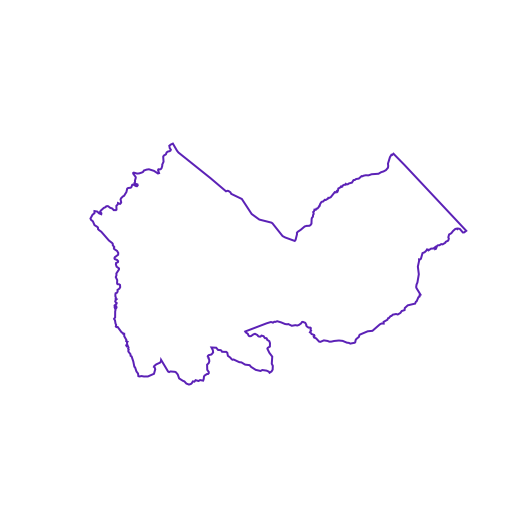 Alta Floresta, Mato Grosso, Brazil, rotated 42°
{"feature_id": "56859067B61506313751079", "entity_name": "Alta Floresta", "entity_type": "district", "adm_level": 2, "iso_a3": "BRA", "parent_name": "Brazil", "parent_adm1": "Mato Grosso", "projection": "albers", "projection_center": [-56.382, -10.043], "detail": "fine", "context": "isolated", "style": "outline", "palette": "violet", "viewbox_px": 512, "rotation_deg": 42, "n_neighbors": 0, "source": "geoboundaries", "source_scale": "gbopen_adm2", "svg_char_len": 6155}
<svg xmlns="http://www.w3.org/2000/svg" viewBox="0 0 512 512"><g transform="rotate(42 256 256)"><path d="M289.7,88.0L289.6,89.8L288.9,90.1L289.4,92.9L292.3,99.1L294.0,100.6L295.0,102.1L295.1,105.2L294.2,107.8L292.9,110.0L292.0,112.9L287.2,117.9L285.7,120.7L283.4,122.7L282.1,124.5L281.8,125.5L281.0,126.0L280.6,129.7L278.9,131.8L278.5,133.5L277.7,134.3L278.2,137.3L276.5,139.9L276.2,141.3L275.4,142.2L274.5,142.3L274.7,143.3L273.9,144.0L273.2,146.0L273.7,146.7L273.3,147.5L272.6,147.7L272.8,148.5L272.0,150.8L273.1,152.4L273.5,153.7L272.6,153.7L272.8,155.4L271.8,155.8L272.2,162.3L271.6,163.7L270.8,164.4L271.1,165.2L270.3,167.8L269.5,168.2L269.4,170.6L268.7,171.5L268.5,172.5L269.0,174.9L269.8,176.1L269.5,177.0L269.9,177.6L269.9,179.7L269.2,180.4L269.5,181.7L268.4,182.4L269.3,184.2L269.1,185.1L270.7,186.1L271.0,187.4L272.0,188.7L272.1,190.4L272.6,191.3L275.6,194.9L275.8,196.7L275.4,197.9L273.5,199.7L272.4,201.5L271.7,206.7L270.8,210.2L270.9,211.4L271.9,212.4L274.6,217.5L274.7,218.9L265.3,222.7L262.4,223.4L246.3,220.7L245.1,220.9L234.1,226.7L224.7,227.7L207.3,223.1L196.0,226.4L194.4,225.8L192.0,226.1L191.2,226.6L190.4,228.0L170.1,228.6L129.1,231.0L126.8,230.6L119.0,228.1L118.1,230.2L117.8,232.1L119.8,233.6L121.6,234.0L121.9,234.9L121.7,235.8L120.5,237.6L120.3,238.9L121.0,240.7L120.3,243.1L120.6,244.3L124.2,247.8L125.2,250.9L126.0,251.7L127.0,253.8L127.1,255.1L126.7,255.9L125.5,256.8L125.7,257.7L128.5,259.3L127.9,260.3L123.2,261.0L118.4,263.2L116.9,265.0L115.5,267.5L115.8,268.9L115.4,270.2L113.9,272.8L112.5,274.3L109.4,275.8L109.2,276.6L109.8,277.0L113.7,277.8L114.3,278.3L115.6,281.0L116.6,281.9L116.8,283.0L117.7,283.2L120.0,282.1L120.8,282.6L120.9,283.7L120.2,284.3L116.8,285.1L116.4,285.9L117.3,288.2L117.2,289.1L115.5,291.0L115.2,292.1L116.9,295.2L117.4,298.1L117.7,299.4L117.2,300.9L117.1,303.4L117.5,304.6L119.9,306.3L120.2,307.3L120.1,308.3L118.0,309.0L118.7,310.0L118.7,312.2L121.3,314.9L121.2,315.7L119.6,317.1L117.4,316.9L115.2,317.8L113.0,317.9L112.0,318.5L111.4,319.5L111.5,320.4L110.7,322.1L110.3,326.1L110.5,327.3L112.5,327.7L113.0,328.5L110.9,329.3L108.3,329.2L105.9,330.7L107.3,332.3L106.9,334.7L107.9,338.9L109.2,339.5L111.6,339.4L115.3,341.1L118.9,340.5L119.8,340.8L120.6,341.7L121.8,341.8L124.8,341.5L136.3,342.9L140.6,342.6L141.6,342.9L142.3,343.8L144.7,344.2L145.0,345.2L145.9,345.7L149.4,345.2L151.6,345.9L152.7,347.3L151.9,351.3L152.2,352.3L153.1,352.8L155.5,351.9L157.0,352.1L157.5,353.0L156.7,354.9L157.5,356.0L159.5,357.2L162.5,356.9L163.2,357.8L163.9,362.4L165.2,363.7L165.9,365.5L169.0,366.8L171.0,369.2L171.9,369.6L173.3,368.6L174.3,368.5L175.9,370.0L176.3,371.6L175.8,373.9L176.8,374.8L177.1,375.5L177.2,376.6L176.6,377.6L177.1,378.5L178.4,380.0L179.6,380.6L180.3,381.7L181.3,381.4L181.2,382.6L181.7,383.9L182.8,384.3L184.0,384.2L184.3,385.0L184.0,387.4L184.6,387.8L185.2,386.9L185.9,386.9L186.9,387.7L187.0,388.6L186.0,389.1L187.6,390.0L188.5,391.5L192.4,395.9L192.6,397.7L194.3,398.2L196.8,400.2L198.2,400.8L199.0,402.2L199.9,402.2L200.7,401.3L207.3,402.7L208.3,402.3L209.4,402.7L210.1,402.0L211.8,403.8L215.8,405.1L216.4,406.1L217.9,405.7L218.0,406.6L219.6,408.1L219.3,409.2L220.3,409.6L220.7,408.5L222.6,409.4L223.0,410.5L224.0,410.7L224.4,411.7L225.1,412.4L228.4,413.0L229.6,414.1L230.8,413.9L235.4,416.5L239.7,419.7L240.7,419.7L244.4,421.8L247.0,422.3L249.0,424.0L250.0,423.5L251.3,421.8L253.4,420.5L256.3,417.8L259.0,411.8L256.9,407.6L255.2,406.6L254.3,406.7L254.0,405.7L254.4,403.2L256.0,399.6L255.9,398.0L255.0,396.7L268.0,400.7L269.1,400.4L269.7,399.0L273.3,396.3L274.2,396.0L277.1,396.4L280.8,398.4L285.1,397.7L286.7,397.1L289.6,397.4L292.2,396.4L293.2,394.8L293.4,393.6L293.0,391.4L294.3,390.6L294.2,388.7L296.9,387.4L297.5,385.6L300.1,384.0L299.5,382.5L298.0,380.4L297.8,379.3L298.5,376.6L299.3,375.8L299.3,374.7L298.5,373.8L295.9,373.2L292.4,369.5L292.5,367.2L291.7,365.4L290.1,364.0L289.3,364.0L288.7,363.2L287.5,363.1L287.1,362.4L287.2,361.3L288.8,359.0L288.7,356.4L287.0,354.9L284.1,353.8L287.8,350.8L290.7,351.2L292.6,349.7L293.4,349.5L294.9,349.9L298.0,347.2L299.4,347.1L301.9,349.0L304.7,348.7L307.1,349.0L308.0,348.8L308.6,347.9L314.6,346.1L316.4,344.8L320.6,344.0L324.3,341.4L326.5,341.7L332.0,340.8L336.3,338.4L337.0,336.5L340.6,334.1L342.9,333.4L344.2,333.7L344.8,331.4L344.4,329.3L342.0,326.4L339.8,325.5L335.4,319.9L330.7,319.0L326.5,317.3L326.2,316.4L326.9,314.0L324.7,311.4L322.9,310.4L320.3,310.8L319.2,310.1L318.4,310.3L317.8,311.0L317.0,311.0L315.3,310.5L313.3,311.5L313.3,312.9L312.3,313.8L311.3,314.1L309.9,313.8L307.3,314.5L306.5,316.0L305.9,318.8L305.2,319.7L304.5,320.1L303.7,320.1L302.0,319.3L299.4,319.6L298.5,319.3L308.9,299.0L311.1,295.3L312.0,294.6L313.2,294.2L313.6,292.6L314.5,292.0L315.4,290.3L319.1,288.5L323.1,287.1L324.9,285.9L325.5,285.0L329.3,283.9L331.5,281.1L333.2,280.0L334.0,278.6L334.6,276.0L334.4,274.2L334.9,273.6L337.3,272.7L339.3,273.4L339.9,274.1L340.8,274.3L342.9,274.1L344.2,272.9L345.0,272.9L346.0,274.4L346.9,274.6L347.1,276.6L348.5,276.5L349.5,276.8L352.1,275.8L352.9,276.2L352.8,277.3L353.7,277.7L355.8,277.0L360.2,277.4L361.3,276.7L362.9,273.3L366.1,271.2L367.8,270.6L369.3,269.2L370.9,266.9L374.2,263.3L377.2,261.1L381.5,259.6L383.2,258.4L384.7,258.0L387.4,254.4L387.4,253.6L386.3,251.8L386.1,250.6L386.6,247.2L385.8,245.8L385.8,244.9L389.4,237.2L392.6,233.7L393.8,223.9L394.5,222.1L396.1,220.8L394.9,219.6L396.3,215.5L395.8,213.8L396.3,213.2L396.2,210.7L396.8,209.9L396.9,208.1L398.9,205.4L400.5,204.6L401.4,201.7L401.1,199.4L402.6,196.8L401.4,195.1L401.8,191.1L406.1,184.9L405.4,183.0L405.7,182.2L404.3,178.0L404.7,176.6L403.8,175.8L404.2,174.7L396.8,172.5L395.8,171.9L394.4,169.8L393.7,167.7L389.2,160.6L383.4,155.6L380.4,150.4L379.4,149.4L380.2,148.8L380.4,147.7L377.8,142.4L378.8,140.4L379.0,137.7L378.6,136.8L379.3,136.2L380.4,136.4L381.2,133.3L382.8,131.8L383.2,129.7L384.5,131.0L384.9,130.3L383.8,127.2L384.1,126.2L385.1,125.3L385.7,123.2L386.9,122.5L387.8,119.5L387.5,118.5L388.5,116.1L388.2,115.1L387.6,114.0L386.4,113.4L385.1,110.8L385.9,108.4L385.7,105.5L386.0,102.6L386.7,101.5L387.7,101.3L387.6,100.5L389.3,99.5L394.0,100.1L394.9,99.2L395.4,96.6L305.5,89.0L289.7,88.0Z" fill="none" stroke="#5b21b6" stroke-width="2"/></g></svg>